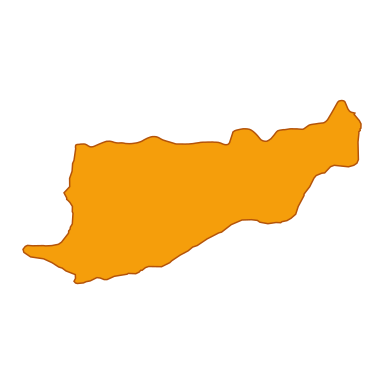 outline of El Jícaro, El Progreso, Guatemala
{"feature_id": "79465075B65572825799154", "entity_name": "El Jícaro", "entity_type": "district", "adm_level": 2, "iso_a3": "GTM", "parent_name": "Guatemala", "parent_adm1": "El Progreso", "projection": "mercator", "projection_center": [-89.909, 14.889], "detail": "fine", "context": "isolated", "style": "filled", "palette": "amber", "viewbox_px": 384, "rotation_deg": 0, "n_neighbors": 0, "source": "geoboundaries", "source_scale": "gbopen_adm2", "svg_char_len": 3262}
<svg xmlns="http://www.w3.org/2000/svg" viewBox="0 0 384 384"><path d="M354.9,113.1L353.7,112.8L352.9,112.6L351.8,112.4L350.4,111.8L349.4,111.0L348.8,110.2L347.9,108.9L345.6,103.4L344.9,101.8L343.8,100.9L341.9,100.5L341.0,100.6L339.0,101.0L337.7,102.2L331.9,112.5L327.6,119.7L326.2,121.2L325.4,121.8L324.0,122.7L322.7,123.0L321.2,123.1L319.8,123.3L318.7,123.4L315.7,123.9L313.3,124.2L311.4,124.5L310.5,124.7L309.2,125.1L308.1,125.8L304.6,128.3L303.4,129.1L302.2,129.3L299.1,129.1L297.1,128.9L295.4,128.9L291.0,128.8L289.7,128.9L287.9,129.2L284.7,129.7L283.3,129.7L279.9,130.2L277.8,130.8L276.7,131.7L275.7,132.9L274.3,134.8L272.8,136.6L271.7,137.9L271.0,138.7L269.6,139.7L268.5,140.4L266.9,141.2L265.7,141.3L264.5,141.2L262.9,140.8L261.2,140.0L260.1,138.9L257.5,135.7L256.3,134.4L255.0,133.1L253.3,131.6L251.9,130.6L250.8,129.9L249.3,129.3L247.0,128.9L244.7,128.8L243.2,128.8L240.3,129.3L238.5,129.7L236.3,130.2L234.5,130.9L232.9,132.1L232.7,133.0L230.4,140.1L229.6,142.6L228.8,143.7L228.0,144.4L226.7,144.7L225.1,144.7L223.6,144.3L222.5,143.9L220.7,143.1L218.3,142.4L216.9,142.3L215.8,142.2L214.4,142.2L212.4,142.0L210.1,142.1L207.7,142.1L205.3,142.2L203.2,142.2L200.4,142.4L199.0,142.7L196.0,143.1L193.0,143.6L190.8,143.8L188.6,144.0L186.9,144.0L185.6,144.1L181.1,144.0L178.0,144.0L176.5,144.0L175.2,143.8L173.8,143.3L171.8,142.7L170.2,142.2L166.4,141.1L164.8,140.6L163.3,140.1L162.3,139.7L160.4,138.7L158.9,137.8L157.6,137.2L156.3,136.8L154.7,136.6L153.7,136.6L152.6,136.6L150.6,137.0L147.4,138.2L145.8,139.0L144.2,139.8L142.4,140.9L140.7,141.7L137.9,142.6L136.1,143.0L131.7,143.6L129.2,143.7L127.4,143.6L125.5,143.5L123.7,143.1L122.1,142.9L120.7,142.9L118.5,143.0L116.6,142.9L113.9,142.3L112.9,141.9L111.4,141.5L110.4,141.3L109.5,141.2L107.7,141.3L106.7,141.3L105.3,141.7L104.0,142.2L103.1,142.5L98.9,144.2L94.4,146.2L93.0,146.7L91.3,146.9L90.1,146.8L88.4,146.0L86.9,145.0L86.1,144.6L84.9,144.1L83.3,144.0L81.8,144.1L80.8,144.1L79.7,144.3L78.5,144.4L77.0,144.5L75.7,145.2L75.5,146.4L75.5,147.6L75.7,148.5L74.0,160.4L72.6,163.5L72.1,171.2L69.6,178.4L69.7,186.7L64.0,192.8L66.7,197.9L66.7,199.4L67.9,200.3L69.9,202.4L72.4,206.4L72.3,211.7L73.0,213.3L72.3,224.0L70.4,227.1L70.0,229.4L68.7,230.9L68.5,233.2L61.5,242.2L58.4,244.3L51.8,245.6L45.6,245.9L43.3,245.6L32.7,245.8L27.5,245.4L25.3,246.4L23.0,249.3L23.9,252.4L30.6,256.9L43.6,258.8L52.1,262.7L58.7,267.0L62.2,268.1L65.9,270.9L75.3,274.6L75.5,278.4L74.0,281.3L75.5,283.0L77.3,283.5L83.5,282.9L86.1,281.7L90.2,280.9L96.9,277.6L100.2,278.0L104.2,279.6L107.0,279.6L114.3,276.3L127.1,274.2L128.2,273.4L135.8,273.7L139.1,272.1L140.7,270.3L142.1,270.3L145.5,267.6L148.6,266.5L161.6,266.7L169.7,262.7L171.8,260.7L180.3,255.0L188.2,250.8L192.6,247.1L197.3,245.5L207.1,238.9L218.7,232.9L221.6,232.1L231.3,224.6L242.0,220.0L251.6,219.7L257.3,220.4L259.9,222.2L267.9,223.7L276.0,222.5L280.7,222.7L281.9,221.7L287.0,220.6L291.0,218.3L295.7,214.2L298.2,206.5L304.0,195.6L304.0,194.2L305.6,192.0L309.7,186.7L314.0,178.1L316.2,175.5L321.8,173.2L324.7,172.9L330.5,166.7L334.2,165.3L348.5,166.8L353.8,165.3L356.9,163.2L358.4,159.6L358.0,142.0L358.9,133.1L358.8,131.8L360.2,130.5L360.0,129.0L360.9,128.2L361.0,123.9L359.3,120.6L355.1,115.6L354.2,114.6L354.9,113.1Z" fill="#f59e0b" stroke="#b45309" stroke-width="1.5"/></svg>